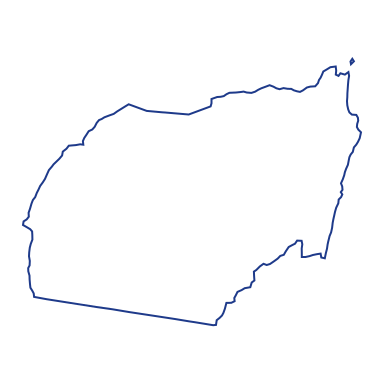 outline of Itacaré, Bahia, Brazil
{"feature_id": "56859067B83682608684654", "entity_name": "Itacaré", "entity_type": "district", "adm_level": 2, "iso_a3": "BRA", "parent_name": "Brazil", "parent_adm1": "Bahia", "projection": "albers", "projection_center": [-39.125, -14.353], "detail": "fine", "context": "isolated", "style": "outline", "palette": "blue", "viewbox_px": 384, "rotation_deg": 0, "n_neighbors": 0, "source": "geoboundaries", "source_scale": "gbopen_adm2", "svg_char_len": 2727}
<svg xmlns="http://www.w3.org/2000/svg" viewBox="0 0 384 384"><path d="M34.1,296.9L46.6,299.2L96.3,307.0L112.6,309.3L129.4,312.1L146.6,314.7L174.9,319.0L189.4,321.4L194.8,322.2L213.2,325.2L216.0,324.9L216.7,320.2L219.6,317.9L222.0,315.5L223.4,312.9L224.9,308.7L226.4,302.9L231.3,302.8L234.6,301.2L234.3,298.0L235.7,295.5L237.5,291.9L241.6,290.1L244.7,288.2L250.3,287.2L251.7,282.5L254.4,280.5L254.1,276.0L253.9,271.6L256.3,270.0L259.9,266.4L263.5,263.8L266.7,265.0L270.0,264.0L274.1,261.2L277.7,258.6L280.3,255.9L283.8,254.8L285.8,251.3L288.7,247.0L292.2,245.1L295.0,243.7L297.1,240.6L301.6,240.8L302.3,244.3L301.7,248.4L301.8,253.0L301.8,257.0L305.5,257.0L309.6,256.1L312.9,255.0L316.8,254.2L320.6,253.6L321.3,257.5L324.8,258.3L325.9,253.0L327.0,248.7L327.6,244.5L328.2,241.7L328.9,238.9L329.6,236.0L331.1,232.4L332.1,227.8L332.7,222.7L333.4,219.1L334.2,215.6L335.0,211.9L336.2,207.7L338.3,203.3L338.7,199.5L341.1,197.1L342.3,194.4L340.8,192.1L342.5,189.8L342.2,186.4L341.0,183.3L342.8,179.3L344.2,175.3L344.9,172.1L346.1,168.8L347.9,164.8L348.7,160.6L349.4,157.2L350.7,154.5L352.8,151.9L353.9,147.4L356.3,144.6L358.0,141.8L359.7,138.2L361.0,132.3L358.3,129.6L356.9,127.0L357.2,123.9L358.2,120.7L357.9,117.7L356.3,114.9L351.9,114.6L349.4,112.4L348.2,109.4L347.3,105.3L347.0,101.2L347.3,97.2L347.4,93.2L347.7,88.9L348.0,84.5L348.4,80.0L349.1,75.9L348.4,72.1L344.9,74.6L340.4,73.3L338.5,75.9L335.8,74.6L336.2,70.6L335.7,66.5L330.4,67.2L327.0,69.3L323.3,71.5L322.0,74.7L320.6,77.7L319.0,80.0L318.0,83.1L315.2,86.3L310.3,86.6L306.9,87.5L302.9,90.4L300.0,91.9L297.0,91.3L293.8,90.3L291.3,88.9L287.7,88.8L283.5,88.1L279.6,89.2L276.4,88.3L273.5,86.7L269.6,85.2L265.9,86.6L261.3,88.3L258.2,89.8L255.1,91.7L251.4,92.9L246.7,92.5L243.6,91.6L240.9,92.0L236.1,92.5L229.4,92.8L226.5,94.2L223.8,96.1L220.6,96.8L217.2,97.0L211.5,99.0L211.5,103.3L210.6,106.4L188.7,114.5L175.7,113.4L165.2,112.5L162.1,112.3L146.7,110.9L128.7,104.3L125.4,106.3L121.7,108.6L117.2,111.4L113.7,113.9L109.7,115.3L104.4,117.3L101.7,119.0L99.0,120.1L96.7,122.9L94.7,126.8L92.3,129.5L88.7,131.2L86.2,135.1L84.3,137.9L82.9,141.1L83.3,144.7L80.2,144.3L75.8,145.1L72.2,145.4L68.8,145.7L66.5,148.7L62.8,151.6L62.1,155.5L59.3,158.8L56.0,162.0L53.6,164.3L51.9,166.6L48.9,170.1L46.7,175.0L45.0,178.9L42.7,182.5L40.2,185.9L38.4,189.8L36.8,192.9L35.2,197.1L32.9,200.0L31.5,203.6L30.0,208.8L28.6,212.8L28.8,216.7L26.7,219.4L23.6,221.4L23.0,225.0L26.7,227.1L30.2,229.2L32.1,231.4L32.3,234.7L32.4,239.6L30.8,243.8L29.8,247.6L29.2,252.4L29.0,256.3L29.8,260.9L29.6,265.4L28.2,268.1L28.3,271.3L29.5,275.6L29.6,279.4L30.0,284.1L30.4,287.7L32.2,290.6L33.7,293.4L34.1,296.9ZM351.0,64.2L353.9,61.3L352.3,58.8L350.5,61.5L351.0,64.2Z" fill="none" stroke="#1e3a8a" stroke-width="2"/></svg>